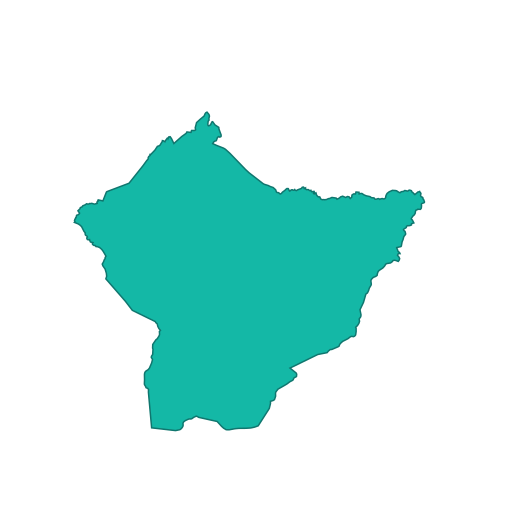 Nuevo Parangaricutiro, Michoacán, Mexico, rotated 241°
{"feature_id": "50627088B13133644207596", "entity_name": "Nuevo Parangaricutiro", "entity_type": "district", "adm_level": 2, "iso_a3": "MEX", "parent_name": "Mexico", "parent_adm1": "Michoacán", "projection": "albers", "projection_center": [-102.175, 19.394], "detail": "fine", "context": "isolated", "style": "filled", "palette": "teal", "viewbox_px": 512, "rotation_deg": 241, "n_neighbors": 0, "source": "geoboundaries", "source_scale": "gbopen_adm2", "svg_char_len": 6162}
<svg xmlns="http://www.w3.org/2000/svg" viewBox="0 0 512 512"><g transform="rotate(241 256 256)"><path d="M321.6,117.3L317.8,117.7L313.6,116.8L310.7,115.6L308.8,113.6L279.8,119.8L268.4,121.5L247.5,136.1L246.2,136.1L244.6,136.7L242.0,136.0L239.6,135.9L237.3,136.4L236.8,134.9L234.3,133.7L233.5,133.0L232.7,131.7L231.5,129.5L231.3,128.0L230.9,127.1L228.7,122.8L225.6,120.9L224.4,120.7L220.0,117.9L219.0,116.0L218.2,115.3L217.7,115.2L216.7,115.4L215.5,115.2L213.0,112.8L209.6,108.4L208.9,106.6L208.7,103.8L208.2,102.6L207.4,101.7L206.3,100.9L201.6,98.4L198.7,96.6L197.6,96.1L195.7,96.2L194.1,96.0L192.7,97.1L191.4,97.3L189.1,95.9L156.3,81.4L142.3,101.0L141.0,105.2L141.2,106.9L141.7,108.2L142.4,109.4L143.3,110.2L145.2,111.1L146.1,112.6L146.3,114.6L146.1,117.4L145.9,118.5L145.0,120.1L144.8,120.9L145.1,123.4L144.9,126.1L144.3,126.7L142.6,127.7L130.1,141.8L123.7,143.3L121.1,144.2L118.5,145.7L117.0,148.3L115.2,153.7L113.7,157.2L110.3,163.5L108.2,167.9L107.6,169.8L107.0,171.9L106.4,175.6L116.2,193.7L119.9,197.1L121.9,198.2L121.3,200.9L121.4,202.5L123.9,205.2L126.6,206.6L127.5,207.5L128.9,210.7L129.0,218.8L129.1,221.3L129.6,224.7L129.5,227.5L129.7,228.5L130.7,229.7L131.0,230.6L130.9,232.5L131.1,233.1L132.9,234.3L134.2,234.4L141.5,231.4L139.9,262.3L137.0,271.3L137.7,273.1L138.2,275.5L137.5,277.0L136.8,283.9L136.9,285.0L138.0,286.2L138.6,287.5L139.3,290.4L139.1,296.3L139.6,299.6L139.3,300.8L138.2,302.1L138.1,303.1L138.3,304.1L138.7,304.9L141.3,306.9L144.4,308.6L145.3,308.6L145.7,309.7L145.8,310.7L147.2,313.3L148.7,314.9L150.9,315.7L152.0,318.0L152.5,318.5L153.6,319.3L158.6,320.9L163.3,327.5L169.2,333.4L169.6,334.3L169.6,335.3L169.9,335.9L171.2,337.7L173.0,339.6L174.7,342.5L175.5,343.2L178.7,344.5L179.3,345.2L179.9,346.3L180.4,348.2L180.1,350.8L180.3,352.5L181.7,353.6L183.2,355.3L183.7,356.9L184.0,361.0L184.8,363.5L185.9,365.4L186.0,366.6L184.7,370.3L185.0,372.5L185.6,373.6L185.2,375.0L184.2,376.2L182.3,377.8L183.0,379.3L184.1,380.4L185.8,380.5L188.0,380.1L188.9,381.3L189.0,382.0L188.3,383.1L189.4,383.2L191.3,382.5L193.4,382.9L194.9,382.9L195.2,383.1L194.0,387.2L194.2,387.9L197.6,390.7L199.0,392.5L201.3,394.7L202.3,397.1L202.7,397.6L204.8,398.2L205.6,398.2L206.5,397.7L207.5,397.7L207.9,398.6L208.0,401.0L208.2,401.4L209.0,402.0L209.0,402.6L209.0,403.3L208.3,404.5L207.9,405.8L207.8,407.0L208.9,407.7L208.4,410.1L211.8,410.2L212.6,409.8L213.1,409.8L213.6,410.1L214.8,412.5L215.3,414.6L216.4,416.2L217.3,416.7L218.5,418.0L218.3,419.5L218.5,420.0L217.1,422.4L217.4,423.3L217.9,423.9L219.6,425.1L221.0,425.7L221.4,426.1L221.5,426.6L221.1,428.7L221.2,429.2L221.7,429.6L224.2,430.0L225.1,429.7L225.5,430.0L226.1,430.2L226.7,430.1L227.7,429.2L229.1,429.2L230.6,430.5L231.7,430.6L232.5,430.3L233.1,430.4L233.1,429.6L233.5,428.8L232.7,424.7L233.2,424.4L233.7,424.5L234.6,424.1L235.3,424.0L236.6,423.4L237.8,423.6L239.1,422.4L239.4,421.6L239.2,420.7L239.4,419.8L240.7,418.5L241.2,417.7L241.0,416.2L241.6,414.9L241.8,413.9L241.5,412.9L241.7,412.4L243.9,411.0L244.8,410.7L245.8,409.5L247.3,407.1L247.6,403.5L247.2,401.1L246.6,400.0L245.4,398.5L244.3,397.8L243.8,396.9L243.8,395.9L244.3,394.9L244.7,394.7L245.1,394.2L245.5,392.9L245.5,391.7L246.5,391.3L247.0,390.7L247.4,388.7L247.9,387.7L249.6,387.4L250.8,385.6L251.5,385.0L252.7,384.5L255.2,381.6L257.1,380.1L259.4,378.9L260.0,377.6L260.3,376.3L261.8,377.0L263.5,374.5L262.1,373.1L263.0,371.4L262.8,369.5L261.0,368.2L260.6,366.3L262.6,366.1L263.1,365.6L263.7,364.8L263.7,362.8L266.3,360.8L266.7,358.6L266.3,357.2L266.4,354.4L267.8,354.2L270.4,350.8L270.7,347.8L271.1,347.2L271.2,345.2L271.9,343.3L272.4,342.8L273.1,341.3L274.2,340.3L276.8,340.4L277.6,339.1L278.8,338.7L279.7,338.5L282.1,339.0L281.9,337.5L282.4,336.8L283.2,336.7L283.5,337.0L283.4,338.0L284.4,338.1L285.3,335.8L286.1,335.7L286.8,335.9L287.2,334.6L288.7,334.0L289.6,332.3L290.1,332.0L290.7,331.9L291.5,332.3L291.4,331.0L291.6,330.8L292.6,331.2L293.3,330.9L293.7,329.8L293.1,328.5L293.7,324.4L293.6,323.0L294.6,322.1L295.4,322.1L295.2,321.1L295.4,320.5L295.8,320.1L296.3,319.9L296.6,319.4L296.7,318.5L296.4,317.6L296.6,316.8L299.3,316.9L300.0,315.8L299.9,314.8L299.4,313.0L299.0,310.0L298.4,308.6L298.4,307.4L298.9,307.0L300.4,306.5L301.5,305.1L302.0,304.9L304.4,305.3L307.6,304.2L309.8,302.2L311.7,300.9L314.6,298.1L315.8,297.3L332.1,290.3L336.7,288.8L358.3,283.0L364.2,281.0L366.1,279.9L371.9,275.1L375.3,272.6L376.3,274.4L376.4,275.9L376.1,276.8L376.3,277.4L378.3,279.7L378.5,280.6L378.5,281.3L377.8,281.6L377.5,282.2L377.4,283.0L377.7,283.6L378.9,284.2L385.4,285.2L385.9,285.6L386.6,285.8L390.5,283.7L394.5,283.2L394.7,282.7L393.5,280.7L392.8,280.1L392.7,277.9L393.0,277.5L393.8,277.4L394.7,277.8L397.1,279.5L397.6,280.8L399.0,281.4L400.9,283.1L402.6,283.5L405.6,282.9L405.6,281.5L405.1,280.4L403.6,278.5L402.7,273.7L401.5,268.7L397.6,265.0L395.7,264.4L395.5,263.6L395.7,262.8L397.0,260.6L396.7,260.0L395.9,259.5L395.6,259.0L398.0,255.7L397.3,254.7L397.1,254.0L396.5,248.9L394.2,238.7L399.6,239.0L401.8,238.8L401.8,238.2L402.4,237.9L402.4,237.3L401.4,236.1L401.9,236.2L402.1,235.6L400.5,232.0L400.1,231.8L400.3,231.5L401.7,230.8L402.3,230.1L401.7,229.7L399.4,225.6L399.4,224.4L399.7,222.9L397.6,218.9L395.9,213.4L396.3,212.6L396.1,212.4L395.3,212.2L395.0,210.4L394.3,209.4L393.2,208.8L392.4,206.6L389.7,200.8L381.2,180.2L384.6,156.8L384.4,156.1L378.4,148.8L381.6,145.2L381.2,144.6L380.6,144.6L380.5,143.5L379.9,142.8L379.0,142.6L379.7,139.8L381.7,137.9L382.0,136.8L382.6,135.9L382.5,135.1L382.9,134.1L383.8,133.2L383.6,131.1L383.9,128.9L383.3,127.6L383.5,125.8L382.7,125.1L381.9,122.2L380.7,122.2L379.7,122.5L379.0,122.5L378.4,121.2L378.3,120.1L378.6,119.0L378.0,118.2L377.1,117.6L376.9,116.8L376.1,116.2L376.1,115.6L374.8,114.3L373.6,114.3L373.4,113.5L370.2,116.1L368.2,117.1L366.2,117.7L360.9,117.5L359.0,117.9L358.3,117.3L357.0,117.0L355.0,117.9L354.2,117.7L353.9,116.8L353.2,116.5L352.2,116.5L351.5,117.1L351.1,118.4L350.2,118.1L348.5,118.0L346.8,119.9L346.5,119.2L346.0,118.8L345.5,118.7L344.5,119.0L343.7,119.5L343.3,120.3L341.7,120.7L341.4,121.5L339.3,123.3L336.5,124.3L334.0,124.6L328.6,124.7L327.8,123.3L326.8,122.8L326.5,121.8L324.6,119.5L323.5,117.6L321.6,117.3Z" fill="#14b8a6" stroke="#0f766e" stroke-width="1.5"/></g></svg>